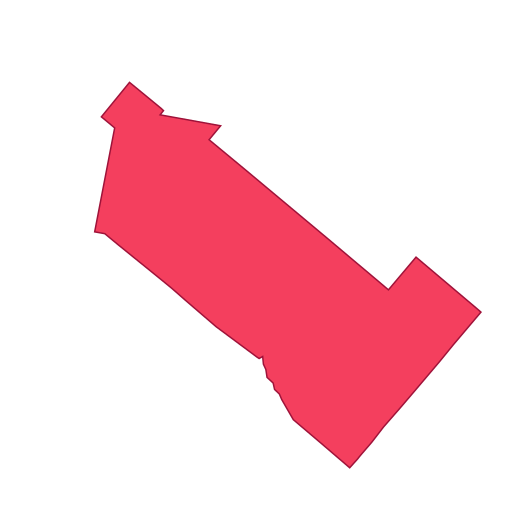 outline of San Miguel, New Mexico, United States of America, rotated 220°
{"feature_id": "52423323B97711428373458", "entity_name": "San Miguel", "entity_type": "district", "adm_level": 2, "iso_a3": "USA", "parent_name": "United States of America", "parent_adm1": "New Mexico", "projection": "albers", "projection_center": [-104.906, 35.456], "detail": "fine", "context": "isolated", "style": "filled", "palette": "rose", "viewbox_px": 512, "rotation_deg": 220, "n_neighbors": 0, "source": "geoboundaries", "source_scale": "gbopen_adm2", "svg_char_len": 722}
<svg xmlns="http://www.w3.org/2000/svg" viewBox="0 0 512 512"><g transform="rotate(220 256 256)"><path d="M132.7,358.0L132.8,315.2L157.3,315.3L174.7,315.3L213.1,315.4L320.5,315.2L366.7,314.9L366.8,333.0L420.2,302.5L420.3,307.9L423.2,308.1L464.5,307.7L464.0,271.2L463.9,263.2L446.6,263.3L395.1,170.8L386.2,175.9L369.1,176.0L316.8,176.9L299.7,177.1L281.7,176.7L241.0,176.2L190.1,179.2L187.7,179.5L186.3,183.3L180.8,177.9L175.5,175.4L169.5,170.1L161.2,169.7L156.0,165.7L149.4,165.3L144.1,162.6L122.2,154.6L87.1,154.4L48.1,154.0L47.7,165.8L47.8,168.5L47.8,172.6L47.6,187.7L48.4,207.2L47.9,232.0L47.7,253.9L47.5,293.2L47.8,314.9L47.6,357.6L53.9,357.7L132.7,358.0Z" fill="#f43f5e" stroke="#9f1239" stroke-width="1.5"/></g></svg>